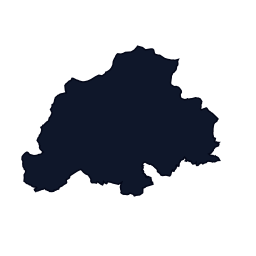 Valea Lunga, Dâmbovita, Romania, rotated 193°
{"feature_id": "2599482B2007717894354", "entity_name": "Valea Lunga", "entity_type": "district", "adm_level": 2, "iso_a3": "ROU", "parent_name": "Romania", "parent_adm1": "Dâmbovita", "projection": "orthographic", "projection_center": [25.56, 45.063], "detail": "fine", "context": "isolated", "style": "filled", "palette": "ink", "viewbox_px": 256, "rotation_deg": 193, "n_neighbors": 0, "source": "geoboundaries", "source_scale": "gbopen_adm2", "svg_char_len": 5678}
<svg xmlns="http://www.w3.org/2000/svg" viewBox="0 0 256 256"><g transform="rotate(193 128 128)"><path d="M137.1,209.8L137.5,208.4L138.3,207.2L139.1,205.5L142.0,202.7L147.6,201.0L149.3,199.5L151.5,198.3L154.8,197.9L155.3,197.2L156.0,195.3L156.1,194.1L156.6,192.8L157.0,190.9L157.2,189.5L156.8,185.9L157.5,182.8L158.5,180.7L159.8,179.1L161.5,177.6L162.1,177.4L162.3,175.9L164.9,172.9L168.3,172.8L171.1,170.5L174.9,166.7L177.7,164.6L181.1,163.0L183.0,162.6L186.3,162.7L187.8,163.1L189.0,162.9L189.5,163.2L192.9,164.0L193.7,163.8L194.1,161.8L194.5,161.3L195.9,160.4L197.5,157.9L198.4,156.9L198.7,155.8L199.0,155.3L197.4,150.6L196.1,148.5L199.8,146.5L201.0,146.1L201.4,145.6L202.3,145.2L202.6,144.8L202.6,144.2L203.7,143.9L204.1,143.0L204.7,142.5L205.6,140.9L205.5,139.9L205.7,139.4L205.6,138.4L205.7,137.8L205.5,136.5L205.8,135.8L205.6,135.0L206.2,134.6L206.5,134.0L207.1,133.7L207.2,133.3L206.7,132.7L206.7,132.1L207.1,129.8L207.7,128.8L205.1,125.5L205.6,124.3L205.6,123.1L205.9,122.5L206.1,121.5L206.9,120.2L206.9,117.0L208.2,115.8L209.0,114.7L209.0,114.4L209.7,113.7L210.3,112.2L211.5,111.5L211.8,110.1L213.0,109.1L212.3,108.3L211.5,106.9L211.5,104.2L212.0,101.9L212.7,101.0L212.4,99.7L213.2,98.5L213.7,95.5L210.7,92.6L210.8,91.8L209.7,90.8L209.9,90.0L209.8,89.1L208.9,87.8L205.1,85.5L206.0,84.5L206.2,83.4L207.6,82.5L209.1,82.0L209.7,81.4L211.1,80.6L213.5,79.8L218.0,80.0L219.9,81.5L220.7,81.7L221.4,81.5L222.7,80.0L223.8,78.1L224.4,76.8L224.6,75.9L224.5,75.7L224.2,73.6L223.1,72.3L222.5,71.1L222.6,70.4L222.4,69.5L221.5,66.8L220.2,65.7L219.9,64.7L218.6,64.1L217.9,63.1L217.9,61.2L218.6,59.0L217.7,56.1L217.3,52.8L216.7,52.7L214.8,51.5L213.9,51.2L212.4,51.2L211.5,50.6L209.5,50.5L208.3,49.6L206.3,49.4L204.8,49.7L203.6,49.4L203.6,49.0L205.4,47.2L204.9,46.3L203.8,45.6L203.8,46.2L203.5,46.5L202.9,46.0L202.3,46.2L200.9,47.0L200.1,47.8L199.3,48.0L199.0,48.5L196.5,49.6L195.7,50.4L195.2,50.4L194.0,49.4L193.0,49.5L192.2,49.2L191.2,49.5L190.4,48.6L187.9,49.0L186.0,49.8L186.1,50.7L185.9,51.0L184.6,51.1L183.2,52.4L181.9,52.9L181.7,54.6L181.4,55.1L179.2,56.8L177.9,58.5L175.8,60.4L175.6,61.1L176.5,63.3L176.4,63.9L174.3,65.7L173.9,66.5L174.0,68.0L173.7,68.7L168.2,74.4L166.4,76.0L164.7,77.0L164.1,77.0L161.4,75.0L159.1,73.9L155.8,73.3L154.8,72.0L153.6,71.1L152.3,69.3L152.3,68.0L151.4,66.8L150.7,66.6L148.6,67.2L146.3,67.3L146.0,68.8L145.4,68.8L141.6,67.2L140.0,66.9L139.8,67.5L140.0,68.3L139.3,68.9L139.1,69.3L139.8,70.0L139.8,70.4L138.6,69.6L136.6,68.9L136.1,69.3L136.1,70.5L135.8,71.1L132.1,71.4L130.7,71.1L124.6,71.1L121.9,73.7L122.1,71.8L122.1,68.7L121.8,68.3L121.3,66.8L120.2,64.8L120.3,63.5L119.8,63.1L118.4,62.6L117.0,62.5L116.3,62.8L113.8,63.0L112.5,63.6L111.7,64.8L110.8,65.0L108.0,64.6L107.4,64.3L106.7,63.4L106.3,63.4L105.1,64.3L101.6,65.5L99.3,68.0L99.2,68.3L99.4,69.4L99.8,71.5L100.3,72.5L99.8,72.8L99.7,73.1L99.2,73.2L98.7,73.8L98.1,74.1L97.6,75.0L96.7,75.6L91.1,78.8L91.7,80.1L92.0,79.8L92.5,80.0L92.3,80.6L93.7,80.7L93.8,80.9L93.2,81.6L93.7,82.2L93.7,82.7L94.3,82.8L94.5,83.1L94.6,83.5L94.3,84.3L94.6,84.7L97.6,85.2L97.9,84.9L97.4,84.5L97.7,84.0L98.0,84.0L98.8,84.4L98.9,85.1L99.1,85.3L99.4,85.0L99.1,84.4L99.3,84.1L100.1,84.7L100.7,86.5L101.8,87.1L103.0,87.2L102.9,88.7L103.8,90.1L104.2,90.2L104.8,89.8L105.1,90.1L105.1,90.8L104.9,91.0L104.8,91.5L104.5,91.9L104.4,92.5L104.5,93.1L105.6,93.6L104.7,94.6L105.5,94.8L105.9,95.2L105.5,96.2L105.5,96.9L105.2,97.7L103.6,98.8L101.7,98.1L98.8,97.5L97.7,98.0L96.1,97.3L95.0,97.2L94.5,96.6L93.9,96.5L92.9,95.7L90.8,94.7L90.0,93.8L89.2,92.3L89.3,92.1L86.6,91.0L85.3,89.6L83.8,89.5L80.4,90.7L76.6,90.7L75.9,92.1L76.0,93.4L75.8,94.1L75.9,94.7L75.6,96.3L75.1,97.0L74.8,96.2L74.2,96.1L73.4,96.4L73.3,97.6L72.3,99.4L72.3,100.5L71.7,101.7L72.6,102.0L72.4,102.6L72.1,103.0L70.0,102.2L69.9,102.6L70.3,105.4L69.6,107.1L69.5,108.3L66.9,110.2L66.8,110.5L66.9,111.3L66.0,111.6L65.8,111.8L65.9,112.1L65.2,111.8L64.2,110.2L64.8,108.9L63.6,108.8L62.7,109.7L61.8,109.9L61.5,109.9L61.0,109.3L59.2,109.7L58.7,109.3L58.4,108.7L56.7,107.5L54.2,108.7L53.9,109.5L53.2,107.6L52.6,107.0L51.5,107.3L50.8,108.3L50.7,109.0L50.0,109.4L49.4,110.4L48.7,110.6L47.0,109.9L46.4,110.6L45.2,111.5L44.3,111.8L43.8,112.4L43.7,113.0L42.5,113.8L39.0,114.2L38.2,113.9L37.4,114.4L35.8,114.6L33.5,116.5L31.4,117.1L33.1,119.0L33.7,119.4L34.5,119.5L35.0,119.9L35.8,119.8L36.7,120.4L36.9,120.0L37.9,119.9L39.1,120.3L39.9,120.0L42.1,120.1L43.5,120.8L41.3,122.5L40.6,124.3L40.0,125.2L40.0,126.8L39.2,128.0L38.9,129.0L35.9,131.1L36.2,132.6L37.1,133.3L37.0,133.5L36.3,133.4L36.6,133.8L36.2,134.3L37.8,134.0L38.6,133.5L38.7,134.2L39.2,134.0L40.6,134.1L40.6,134.7L40.8,135.3L40.4,136.0L40.7,136.4L40.6,137.5L43.0,137.9L43.1,139.2L43.8,140.4L44.5,142.6L44.5,143.7L45.1,146.1L45.4,149.2L45.4,151.3L44.8,152.7L43.3,154.4L43.2,154.9L42.9,155.1L43.0,156.1L42.5,156.7L42.4,157.0L42.5,157.2L49.2,161.2L50.4,161.5L52.3,162.5L53.2,162.6L55.5,164.8L56.0,165.1L56.5,165.0L57.8,164.0L58.3,163.8L60.5,162.2L61.0,162.2L61.6,163.1L61.8,165.6L62.4,167.1L62.0,168.6L62.2,169.0L62.1,170.4L64.2,172.5L66.1,172.9L67.6,172.6L68.8,172.7L72.2,170.9L74.3,170.2L74.8,169.6L76.7,169.8L77.2,169.1L79.2,168.3L82.1,168.6L82.8,168.8L83.9,169.8L84.2,170.9L84.7,171.8L84.7,173.3L84.2,174.3L84.1,175.0L84.7,176.4L87.0,178.4L88.4,179.1L89.0,179.0L89.9,179.3L92.5,178.6L96.1,179.9L96.8,181.8L97.3,187.3L97.6,188.8L97.1,190.0L97.1,191.3L96.7,192.0L96.0,192.5L94.4,195.6L94.4,197.5L94.7,198.8L93.8,200.5L93.9,201.7L94.8,204.3L94.4,206.1L96.5,204.9L98.2,204.3L98.9,204.4L101.5,203.7L102.7,203.9L104.6,203.7L107.9,203.9L113.4,206.0L114.9,205.7L117.9,205.8L118.6,206.2L119.2,206.8L120.6,209.7L121.7,210.4L123.2,210.2L128.6,208.0L132.0,209.6L137.1,209.8Z" fill="#0f172a" stroke="#020617" stroke-width="1.5"/></g></svg>